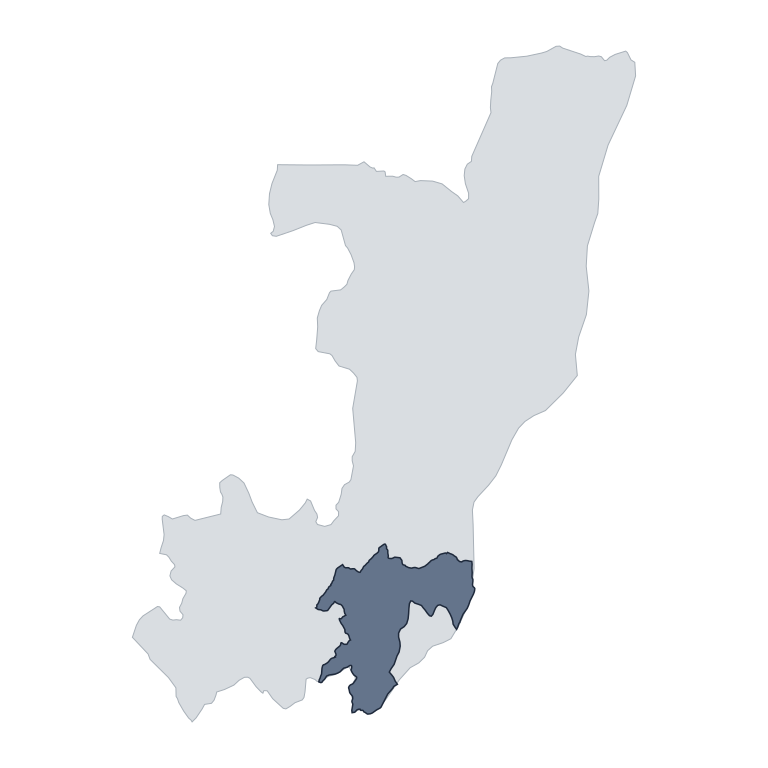 Pool highlighted on a map of Republic of the Congo
{"feature_id": "COG-3341", "entity_name": "Pool", "entity_type": "Region", "adm_level": 1, "iso_a3": "COG", "parent_name": "Republic of the Congo", "parent_adm1": "", "projection": "natural_earth1", "projection_center": [14.821, -3.811], "detail": "fine", "context": "in_parent", "style": "filled", "palette": "slate", "viewbox_px": 768, "rotation_deg": 0, "n_neighbors": 0, "source": "natural_earth", "source_scale": "10m", "svg_char_len": 9729}
<svg xmlns="http://www.w3.org/2000/svg" viewBox="0 0 768 768"><path d="M132.4,637.3L136.4,625.3L139.4,619.8L143.0,615.9L157.5,606.5L159.7,606.9L169.7,619.1L172.9,620.1L176.4,619.7L180.6,620.2L182.7,617.8L183.0,614.7L180.0,611.2L179.5,607.4L181.7,603.3L182.9,598.7L186.0,593.3L186.3,590.8L183.0,588.1L176.3,583.9L171.6,579.8L169.9,575.9L171.1,571.0L174.9,566.9L174.6,564.7L171.3,561.1L168.9,557.2L166.5,554.8L159.7,553.4L161.0,548.1L163.5,540.5L164.1,534.6L162.2,519.2L162.3,516.4L164.2,514.9L168.3,516.6L172.4,519.0L183.5,515.6L187.4,515.1L190.6,518.1L195.0,520.4L220.7,514.0L221.2,507.4L222.7,501.5L222.9,497.0L221.8,494.1L220.5,492.0L219.8,487.5L219.7,482.8L222.2,480.5L230.4,474.8L232.9,475.0L238.7,478.1L244.0,483.0L248.8,493.2L252.1,502.0L257.4,512.7L268.6,517.0L281.9,519.8L289.1,519.0L299.5,510.0L305.3,502.9L307.2,499.1L310.6,501.0L314.5,510.4L316.9,514.0L317.6,517.4L315.8,521.7L317.5,524.5L324.7,526.4L331.0,524.6L333.8,520.8L338.5,515.8L338.6,511.7L336.0,508.9L336.0,505.2L338.7,502.3L341.2,494.3L342.0,488.4L344.5,484.7L349.2,482.1L350.9,479.7L353.5,465.9L352.2,460.8L352.2,456.7L355.2,451.4L355.7,442.7L352.7,408.4L357.4,380.9L357.0,377.4L353.6,373.1L349.5,369.2L339.0,366.0L335.1,360.9L332.0,355.5L329.8,353.8L318.2,351.6L315.7,348.6L316.7,339.8L317.7,326.9L317.3,318.0L319.4,310.7L321.7,305.3L326.8,299.5L329.5,292.7L331.0,291.1L340.6,289.9L344.1,287.1L346.9,284.3L348.0,280.4L351.3,274.0L354.3,269.7L354.6,266.8L354.0,262.7L351.1,254.7L347.6,248.0L345.5,245.6L341.2,230.0L337.2,226.3L329.5,224.3L315.1,222.5L306.4,225.3L293.1,230.6L276.3,236.3L272.4,235.7L270.7,233.3L273.2,231.3L274.5,226.5L272.9,219.7L270.3,213.4L268.8,204.6L269.5,193.7L272.0,183.5L277.3,170.2L277.6,164.7L309.8,165.0L344.4,164.8L357.6,165.3L364.0,161.8L370.1,167.0L373.0,168.2L374.0,167.8L376.4,171.4L383.9,171.0L385.1,171.9L385.7,176.3L392.7,176.2L396.2,177.2L399.0,177.1L403.1,174.5L406.0,175.4L411.3,178.7L415.1,181.6L420.4,180.6L432.6,181.1L442.1,183.9L451.5,191.5L457.8,195.9L463.5,202.5L465.6,201.3L468.6,198.7L468.6,193.2L465.4,183.7L464.2,175.6L464.9,169.0L467.3,164.2L471.4,161.4L471.8,156.3L491.0,112.6L490.4,107.6L490.8,100.1L491.7,91.7L491.5,86.7L492.8,83.3L497.8,63.5L500.5,60.2L504.7,57.9L510.8,57.8L526.8,56.2L541.7,53.0L546.7,51.5L556.1,46.3L559.7,46.1L562.7,48.1L580.8,54.1L585.8,56.5L587.6,56.1L590.3,56.6L594.5,56.7L598.7,56.0L601.3,56.7L604.6,60.7L606.8,60.2L609.7,57.3L615.2,54.4L625.7,51.1L627.4,52.6L631.0,59.9L634.8,62.3L635.6,75.9L626.8,105.4L608.1,145.0L598.7,176.3L598.8,199.1L597.8,213.5L594.7,222.2L587.4,245.9L586.2,266.2L588.9,291.0L586.4,314.6L578.7,336.9L575.4,354.4L577.3,375.5L563.2,393.0L545.5,410.5L533.9,415.6L525.0,421.4L518.6,428.1L511.9,439.8L501.3,464.9L495.8,475.9L488.6,485.2L477.9,496.7L474.0,502.1L472.4,510.0L473.1,524.4L474.1,568.4L469.3,602.1L458.8,625.6L450.9,638.7L443.0,642.7L432.6,646.2L427.6,650.7L424.6,657.2L418.8,662.9L410.2,667.7L399.4,679.7L386.4,698.7L377.5,709.6L372.7,712.4L367.7,712.6L362.6,710.4L358.3,710.0L356.1,711.1L352.7,708.5L352.8,704.1L352.2,696.8L349.7,689.4L355.3,678.8L354.9,676.4L352.2,672.6L349.2,667.1L346.4,667.5L340.4,671.7L334.1,674.9L328.3,676.3L321.2,681.5L317.2,681.5L315.0,679.5L310.2,677.6L307.6,678.2L306.1,679.2L305.0,691.9L304.0,697.4L302.3,699.9L295.0,702.7L290.1,706.4L285.9,708.9L283.2,708.3L272.7,698.7L267.2,690.8L263.9,690.6L262.9,693.2L261.2,692.0L256.1,686.7L250.0,678.4L247.8,677.2L244.4,677.3L239.1,680.3L233.9,685.1L224.5,689.5L216.7,692.0L216.0,695.0L214.1,700.1L211.5,703.3L204.6,704.4L202.1,709.0L196.1,717.9L192.1,721.9L191.1,720.2L188.6,718.0L183.7,711.1L178.8,702.6L177.5,698.7L176.1,696.4L175.9,687.8L168.5,677.6L150.1,659.4L148.1,654.0L132.4,637.3Z" fill="#d9dde1" stroke="#a8b0b8" stroke-width="1"/><path d="M471.8,561.4L472.1,564.2L471.9,568.1L472.2,572.5L472.0,576.7L472.2,577.9L472.9,579.4L472.9,581.2L472.5,584.6L472.8,586.2L473.6,587.1L474.4,587.8L474.8,588.6L474.6,590.4L474.3,591.8L473.4,594.2L470.1,600.8L468.7,605.0L467.2,608.4L463.0,614.3L460.3,620.7L459.8,622.4L458.9,623.5L457.7,627.2L456.6,629.4L455.2,627.5L454.2,625.9L453.1,624.1L452.8,621.3L451.8,617.9L450.2,614.2L448.0,610.2L446.3,607.6L442.5,606.0L440.1,604.8L437.7,605.4L435.8,607.6L434.5,610.4L432.9,614.4L431.3,616.2L429.5,615.7L427.4,613.3L425.0,609.9L423.1,607.7L421.5,605.5L418.5,604.3L414.8,603.1L412.6,601.2L410.8,600.9L409.4,603.7L408.9,608.6L408.6,613.9L408.1,618.8L406.7,623.5L404.2,626.6L400.5,629.1L398.6,633.1L398.6,637.1L399.9,642.1L400.2,646.1L399.1,652.0L397.0,656.0L395.4,660.7L394.1,664.4L391.1,668.7L389.3,672.1L391.7,674.9L393.6,677.4L395.2,681.1L397.4,684.3L393.8,686.4L393.3,687.2L392.8,688.2L387.7,694.1L382.2,704.8L381.6,706.0L381.0,707.2L379.9,708.2L376.7,709.8L372.3,713.0L370.3,713.8L367.7,714.1L367.0,713.8L364.9,712.3L364.1,712.0L363.8,711.8L363.2,710.7L362.9,710.4L362.3,710.3L360.9,710.4L360.6,710.1L360.1,709.2L358.8,709.2L357.5,709.6L356.7,710.1L355.3,711.8L354.5,712.3L353.2,712.5L352.1,712.7L351.8,710.4L352.8,704.3L352.6,703.5L352.3,702.8L352.0,702.1L351.9,701.2L352.1,700.4L352.6,699.1L352.7,698.3L352.5,696.4L351.7,695.2L350.7,694.1L349.7,692.6L349.1,689.6L348.6,687.9L348.7,687.3L349.2,686.2L350.3,685.0L352.8,683.8L353.6,682.9L354.4,681.7L355.5,680.2L356.5,678.7L356.7,677.2L356.2,676.7L353.9,675.0L352.6,673.2L351.5,671.2L351.1,670.1L351.0,669.7L351.3,669.3L351.6,668.2L351.7,667.2L351.7,666.3L351.5,665.7L351.1,665.4L349.9,665.5L347.0,667.3L343.9,668.1L342.6,669.2L340.1,671.8L337.5,673.2L335.0,674.1L329.1,675.0L326.6,676.1L324.6,679.2L324.5,679.4L324.3,679.6L323.2,680.5L322.1,682.1L321.4,682.5L320.7,682.6L318.8,681.9L319.3,679.6L320.0,678.3L320.2,677.7L320.5,676.6L320.7,676.0L321.5,674.2L321.6,673.4L322.0,668.2L322.6,665.9L322.7,665.6L323.1,665.2L323.4,664.8L324.4,664.6L326.8,663.2L328.4,661.9L330.4,659.3L331.1,658.7L332.0,658.2L334.2,657.6L335.3,657.1L334.8,656.5L335.9,655.6L336.0,654.3L334.8,651.2L335.6,649.7L336.5,648.7L339.9,645.9L340.3,645.3L340.6,644.7L340.9,643.1L341.2,642.7L341.8,642.8L344.0,644.3L346.8,644.3L347.1,644.0L348.1,642.2L349.1,640.8L349.7,640.3L350.5,640.0L349.6,638.4L349.0,636.2L348.2,634.4L347.0,633.6L345.7,633.2L345.1,632.3L344.9,631.0L344.9,629.6L342.7,625.5L341.2,623.5L339.4,619.8L339.3,618.6L339.5,618.5L340.2,618.8L341.2,618.7L341.8,618.1L342.8,616.8L343.3,616.5L343.8,616.4L345.5,615.3L345.8,615.2L345.6,614.8L345.3,614.2L344.8,613.5L344.6,612.8L344.2,611.0L344.2,609.9L344.1,609.3L343.8,608.7L343.3,607.9L342.7,606.7L342.4,606.1L341.9,605.6L341.4,605.0L340.5,604.4L339.0,604.1L336.5,602.9L336.0,602.6L335.2,601.7L334.8,601.5L334.3,601.9L333.8,603.0L333.5,603.4L332.1,604.5L331.6,605.0L327.8,610.3L327.3,610.6L326.7,610.7L323.8,611.0L323.2,610.9L322.5,610.7L321.5,610.1L320.7,609.8L318.8,609.6L318.1,609.5L315.7,607.9L316.5,607.4L316.7,607.1L316.8,606.8L316.9,606.1L316.8,605.3L316.8,605.0L316.9,604.9L317.7,604.1L318.1,603.5L318.9,601.8L319.2,600.9L319.7,599.8L319.8,599.3L319.8,598.9L319.7,598.8L319.7,598.6L319.8,598.4L320.0,598.0L321.5,596.4L322.5,595.6L323.0,595.4L323.1,595.2L325.6,592.0L325.9,591.5L326.3,590.6L326.6,590.1L326.9,589.7L328.0,588.9L328.1,588.7L328.6,587.3L328.8,587.0L329.1,586.7L329.7,586.2L330.6,585.7L330.8,585.5L330.9,585.0L330.8,584.7L330.8,584.3L330.9,584.2L331.3,583.9L331.6,583.5L331.9,582.9L332.5,581.3L332.8,580.9L333.4,580.4L333.6,580.2L333.7,579.9L333.6,579.3L333.7,578.3L333.9,577.5L334.9,574.9L336.0,570.2L336.2,569.6L336.5,569.1L337.7,567.9L342.6,564.6L344.3,567.2L345.7,567.8L347.7,567.7L348.7,567.8L350.1,568.8L350.6,569.0L351.1,569.0L351.8,568.8L354.1,568.7L354.5,568.9L354.8,569.1L355.1,569.3L355.3,569.6L355.8,570.1L356.6,570.8L358.4,572.0L359.4,572.3L360.1,572.3L360.3,572.0L361.1,570.5L362.2,569.3L362.6,568.7L363.6,566.6L363.8,566.4L364.0,566.2L365.1,565.4L366.8,563.5L367.3,563.0L368.4,562.2L368.5,562.0L368.7,561.8L369.0,560.8L369.1,560.6L369.2,560.4L369.5,560.1L371.3,558.6L373.2,556.5L373.6,555.9L373.7,555.6L374.6,554.8L376.9,553.3L377.5,552.7L378.2,552.1L378.3,552.0L378.4,551.8L378.6,551.3L378.8,550.3L378.8,550.0L378.8,548.6L378.9,548.2L379.1,547.8L379.6,547.4L381.2,546.3L381.8,545.8L383.8,544.4L384.6,544.1L385.1,544.1L385.4,544.3L385.6,544.6L386.0,545.7L386.4,546.3L386.6,546.7L386.6,547.1L386.5,548.4L386.6,548.7L386.8,549.0L387.3,549.5L387.5,549.8L387.7,550.2L387.8,550.6L387.8,551.1L387.8,553.1L388.3,555.7L388.3,556.0L388.3,556.3L388.1,557.0L388.1,557.4L388.2,557.8L388.6,558.2L389.2,558.4L390.6,558.5L391.8,558.5L393.1,558.0L394.6,557.2L395.1,557.2L399.4,557.7L400.0,557.8L400.3,558.1L400.5,558.4L400.8,559.0L401.5,559.8L401.7,560.1L401.9,560.5L402.1,562.8L402.5,564.0L402.7,564.3L402.9,564.6L403.2,564.8L403.6,564.9L404.7,565.2L405.1,565.3L405.3,565.5L405.5,565.8L405.5,566.0L405.7,566.3L406.0,566.4L406.8,566.7L407.0,566.8L407.3,567.0L408.6,567.6L411.2,568.1L411.9,568.1L413.1,567.7L414.4,567.5L415.2,567.5L415.7,567.6L418.2,568.4L418.8,568.5L419.3,568.4L424.1,566.5L425.0,566.1L426.6,564.8L427.0,564.5L427.6,564.1L428.5,563.1L429.0,562.7L429.3,562.5L429.6,562.2L430.3,561.4L430.7,561.0L431.7,560.3L432.3,560.0L433.8,559.6L434.4,559.3L434.5,559.2L434.9,558.8L435.2,558.6L435.6,558.5L436.4,558.3L436.8,558.1L437.2,557.8L437.3,557.4L437.6,556.6L437.8,556.4L438.0,556.0L438.6,555.6L439.4,554.9L440.4,554.3L441.0,554.1L445.3,553.0L445.8,553.1L446.5,553.6L446.7,553.4L447.2,552.8L447.6,552.4L447.9,552.6L448.3,552.8L449.3,553.2L450.2,553.7L451.0,553.9L452.8,554.7L453.6,555.3L454.4,556.0L454.7,556.2L455.0,556.4L455.4,556.5L455.7,556.7L456.0,556.9L456.4,557.5L456.6,557.7L456.8,558.0L457.0,558.4L457.3,559.6L457.5,559.9L457.8,560.0L458.2,560.2L458.5,560.4L458.7,560.7L458.9,561.0L459.3,561.3L459.8,561.6L460.9,561.8L461.7,561.9L461.9,561.8L462.1,561.7L462.3,561.5L462.7,561.2L463.4,560.9L464.6,560.6L465.4,560.5L466.0,560.5L467.7,560.7L469.2,561.1L471.8,561.4Z" fill="#64748b" stroke="#1e293b" stroke-width="1.5"/></svg>